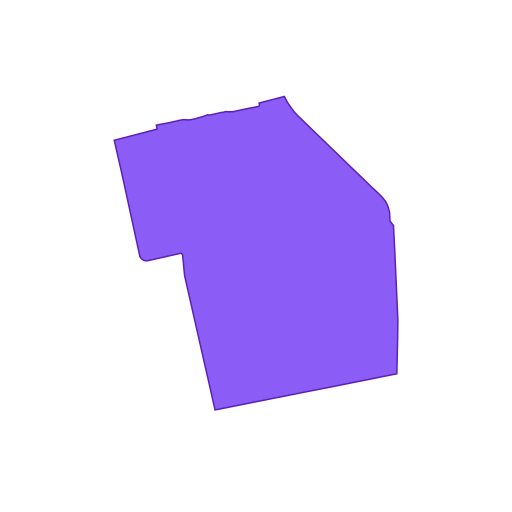 6 October-2, Al Jizah, Egypt (orthographic projection), rotated 294°
{"feature_id": "37247803B57962000824705", "entity_name": "6 October-2", "entity_type": "district", "adm_level": 2, "iso_a3": "EGY", "parent_name": "Egypt", "parent_adm1": "Al Jizah", "projection": "orthographic", "projection_center": [30.925, 29.941], "detail": "fine", "context": "isolated", "style": "filled", "palette": "violet", "viewbox_px": 512, "rotation_deg": 294, "n_neighbors": 0, "source": "geoboundaries", "source_scale": "gbopen_adm2", "svg_char_len": 1415}
<svg xmlns="http://www.w3.org/2000/svg" viewBox="0 0 512 512"><g transform="rotate(294 256 256)"><path d="M304.1,79.4L279.7,97.7L267.4,106.8L237.5,128.7L237.3,128.9L237.1,129.0L228.1,135.6L208.2,150.2L206.9,152.3L206.3,155.3L206.8,157.5L207.9,159.3L211.8,164.6L228.1,186.4L227.3,188.4L209.1,198.7L205.6,201.3L135.5,253.7L125.5,261.2L98.7,281.2L123.3,315.9L126.6,320.7L131.1,327.0L143.4,344.4L152.8,357.7L156.9,363.6L200.4,425.1L205.7,432.6L240.2,418.1L254.9,411.8L313.5,382.5L339.8,369.2L342.5,364.1L346.4,362.2L350.3,360.2L352.2,358.6L352.3,358.6L352.8,358.2L353.7,357.5L355.6,355.7L357.7,353.3L358.9,351.5L360.5,348.5L361.4,346.6L362.6,343.5L366.4,332.5L368.4,327.0L369.7,323.6L380.1,294.8L382.0,289.8L387.9,273.5L393.9,256.9L400.0,240.5L401.0,237.5L403.2,232.3L405.3,228.6L407.9,224.1L410.4,220.6L413.1,217.3L413.3,217.0L397.0,196.6L395.6,197.6L394.0,197.9L391.0,193.7L389.3,191.2L387.6,188.8L384.3,184.2L378.5,176.3L376.3,171.6L375.7,169.7L373.9,167.5L373.4,166.6L373.3,166.3L372.2,164.9L371.2,163.5L370.0,161.9L368.3,159.6L366.3,156.8L365.5,155.6L365.5,154.5L364.3,153.4L363.1,152.1L362.0,151.0L360.9,149.7L360.0,148.6L358.9,147.2L358.0,146.2L356.7,144.7L355.8,143.4L354.6,141.9L353.8,140.6L352.8,138.9L351.9,136.4L350.8,133.7L349.6,132.0L348.9,131.0L347.5,129.2L345.9,127.0L344.3,124.9L342.8,122.9L341.4,120.9L335.0,111.7L331.7,114.1L304.1,79.4Z" fill="#8b5cf6" stroke="#5b21b6" stroke-width="1.5"/></g></svg>